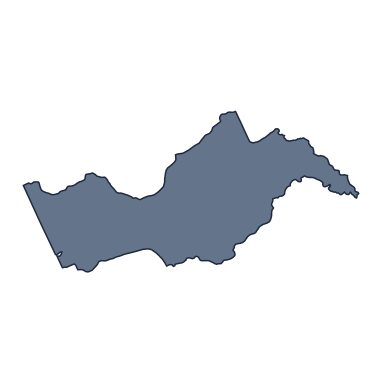 Baião, Pará, Brazil, rotated 245°
{"feature_id": "56859067B46616418398900", "entity_name": "Baião", "entity_type": "district", "adm_level": 2, "iso_a3": "BRA", "parent_name": "Brazil", "parent_adm1": "Pará", "projection": "robinson", "projection_center": [-49.732, -3.168], "detail": "fine", "context": "isolated", "style": "filled", "palette": "slate", "viewbox_px": 384, "rotation_deg": 245, "n_neighbors": 0, "source": "geoboundaries", "source_scale": "gbopen_adm2", "svg_char_len": 6080}
<svg xmlns="http://www.w3.org/2000/svg" viewBox="0 0 384 384"><g transform="rotate(245 192 192)"><path d="M115.7,190.3L116.6,191.6L116.2,193.5L115.7,194.8L115.1,198.9L115.4,201.5L116.1,203.5L117.1,204.6L119.9,205.1L121.5,204.5L122.4,205.0L123.1,206.1L123.9,207.0L125.2,207.5L126.3,209.8L125.9,210.8L125.6,212.4L125.1,214.2L124.8,215.9L125.2,218.7L128.0,223.5L128.6,225.7L128.7,227.8L128.1,230.6L128.4,232.6L129.7,234.5L130.7,236.5L131.6,237.6L132.1,238.9L132.6,242.6L132.1,247.0L132.4,249.6L133.6,251.3L135.1,252.7L136.9,254.1L139.2,255.2L141.6,256.7L143.1,259.1L146.6,258.6L147.9,259.5L149.6,261.4L151.6,262.2L151.3,265.8L150.4,267.3L151.0,268.8L150.9,270.3L150.3,271.8L150.3,273.0L151.0,275.0L152.6,275.9L154.3,277.3L155.8,279.6L156.4,281.3L156.2,283.7L157.4,284.2L158.4,285.1L159.1,286.6L159.7,287.7L159.8,289.1L159.8,290.8L158.9,291.6L157.3,292.4L156.6,292.8L155.9,293.5L155.6,294.3L155.6,295.4L156.4,296.1L157.2,296.3L158.3,296.4L158.7,297.2L158.7,298.4L158.8,299.6L159.1,300.6L158.6,301.2L157.2,302.2L156.1,303.8L155.6,304.8L155.0,305.4L154.8,306.4L153.7,308.1L153.1,308.7L152.4,309.4L151.6,309.8L151.0,310.5L148.8,312.4L147.9,313.3L146.7,313.9L145.2,314.4L144.3,314.2L143.2,313.6L142.2,313.5L141.4,313.8L140.8,314.3L140.5,315.1L140.3,316.2L140.3,317.6L140.6,320.0L139.5,320.3L139.3,319.3L138.4,319.2L138.3,318.3L138.0,317.5L137.3,317.1L136.5,317.2L134.7,317.7L134.0,318.3L133.5,319.0L132.0,320.5L131.1,322.3L130.2,322.6L129.6,323.3L129.1,324.3L128.4,324.7L127.5,325.0L126.7,325.7L126.5,326.6L126.8,327.4L126.9,328.4L127.2,329.3L127.4,330.2L126.3,330.4L125.4,330.6L124.8,331.1L124.0,332.1L123.6,332.9L123.9,333.9L124.4,334.6L124.8,335.5L123.9,335.8L122.9,335.8L122.0,336.2L121.1,336.8L120.3,337.1L119.4,337.3L118.6,337.4L117.8,337.9L117.1,338.6L117.8,339.4L118.6,339.7L119.4,340.2L120.1,342.4L121.1,342.4L121.9,342.0L122.4,341.3L123.1,340.7L123.9,340.2L124.7,340.3L125.5,340.8L126.4,341.1L127.3,341.0L128.8,340.4L130.4,339.4L131.2,339.1L131.9,338.4L134.1,338.3L135.9,338.4L136.8,338.3L138.6,338.9L139.4,338.9L141.2,339.9L142.0,338.9L142.5,338.1L143.1,337.5L143.8,335.8L144.2,334.7L144.6,334.0L145.4,333.5L146.2,333.4L147.2,333.5L148.1,334.0L149.1,334.2L149.8,333.6L150.9,331.8L151.2,331.0L152.0,330.7L152.7,330.2L154.7,330.2L155.8,330.2L157.9,328.8L158.7,328.2L159.5,328.1L160.2,328.4L161.0,328.3L162.7,328.5L163.6,328.6L164.4,328.6L165.3,328.4L166.3,327.8L168.5,326.6L170.2,324.5L170.8,323.5L170.9,322.6L171.4,321.4L173.6,319.9L174.4,319.1L175.2,318.6L176.0,318.5L176.5,319.3L177.7,319.5L178.8,319.9L179.8,320.1L181.1,320.2L181.8,319.6L182.6,319.2L183.2,318.6L184.3,318.8L185.7,318.4L186.7,318.3L187.5,318.5L188.1,319.0L189.2,319.1L190.7,318.0L191.7,317.4L192.6,316.6L193.6,316.2L194.1,315.4L194.0,314.5L194.3,313.3L194.9,312.9L194.8,311.8L195.5,310.1L195.2,309.2L195.2,307.2L196.0,306.1L196.3,304.8L196.5,303.8L196.8,302.7L197.1,301.4L198.1,300.6L198.5,299.6L199.3,299.2L200.2,299.2L201.1,298.8L201.9,298.5L203.2,298.5L204.1,299.6L205.2,298.2L206.3,297.8L206.2,296.8L206.6,296.1L207.6,295.4L208.3,294.8L209.6,295.2L210.0,296.5L211.1,297.1L212.0,296.9L212.9,296.5L213.5,295.5L213.8,294.6L213.6,293.6L213.1,292.8L212.7,291.7L212.5,290.8L212.3,287.9L211.7,286.3L211.3,284.5L210.8,282.7L210.5,281.2L210.5,279.4L210.3,277.4L209.7,274.7L209.8,273.4L209.9,271.9L210.3,270.5L210.4,269.0L211.2,267.5L212.6,266.0L214.0,265.5L223.6,265.5L233.2,265.6L239.3,265.5L246.6,265.5L246.7,264.4L246.8,263.5L247.1,262.5L248.0,260.7L248.5,260.0L249.0,258.0L248.8,257.1L248.6,255.8L248.9,254.4L249.3,253.4L249.8,252.3L249.8,251.3L249.4,250.5L248.4,249.1L247.7,248.6L246.5,248.0L245.2,247.9L244.2,247.9L243.5,246.8L243.1,244.6L242.5,242.2L242.4,241.0L241.8,238.6L241.4,237.8L239.3,235.9L237.7,232.8L237.8,228.1L235.2,222.7L233.3,219.4L232.8,213.7L231.4,206.8L230.9,200.4L232.5,195.0L232.7,192.8L228.3,191.2L226.8,189.4L225.8,186.7L225.0,184.1L224.1,180.1L222.6,177.8L220.2,175.9L215.6,172.9L212.2,171.2L208.9,168.3L207.0,163.5L206.1,160.6L205.4,156.6L205.8,154.0L206.8,150.4L207.1,147.3L207.1,144.5L207.0,142.2L207.5,141.0L208.7,140.1L209.5,139.6L210.5,138.5L210.8,137.6L211.3,135.9L212.9,135.3L216.3,132.4L217.7,130.8L219.2,129.3L221.0,127.2L222.0,125.1L223.0,123.9L224.9,123.2L228.6,122.3L230.4,121.6L232.9,121.0L234.5,121.1L236.2,120.4L238.7,120.4L240.5,120.0L241.8,119.5L242.7,118.6L242.8,117.5L243.8,115.8L246.4,112.7L249.2,111.5L251.3,109.8L251.5,108.7L251.6,107.4L252.3,105.1L252.7,103.4L251.7,102.2L249.0,100.5L248.5,99.6L248.4,97.2L248.4,96.0L248.8,94.5L248.4,90.8L248.0,89.5L248.0,87.7L248.1,86.4L248.4,84.9L248.9,84.0L249.5,82.1L249.0,80.7L248.2,79.6L247.4,78.8L247.5,77.1L248.1,73.2L247.7,71.5L247.1,70.7L247.5,68.2L247.8,66.4L248.5,64.5L249.6,63.1L251.3,61.7L252.6,60.1L254.4,58.3L255.9,57.0L257.6,56.4L259.0,56.3L261.5,56.6L263.2,56.9L265.0,57.2L265.8,57.1L266.4,56.3L267.7,53.5L267.9,52.7L267.7,51.8L267.4,51.0L267.6,49.3L269.2,47.6L269.2,41.9L243.0,41.7L223.3,41.6L202.7,41.8L193.0,41.8L192.4,42.6L192.7,45.0L193.0,46.3L193.2,47.3L192.8,48.6L191.2,47.6L190.5,46.7L190.0,45.9L189.8,44.9L191.0,42.6L188.9,42.5L178.1,42.6L177.9,43.8L177.6,45.1L177.1,46.0L176.7,46.8L176.8,49.2L176.6,52.1L176.7,53.4L176.5,54.8L175.0,55.6L173.4,55.7L172.1,55.6L170.9,55.6L169.7,55.7L169.0,57.6L168.2,59.3L167.2,60.5L165.8,61.4L164.7,62.2L163.6,63.9L163.4,64.8L163.3,68.3L164.0,70.3L165.9,74.8L166.5,75.8L168.0,77.7L168.3,79.0L168.0,81.0L167.1,82.6L166.4,84.0L166.0,85.2L165.8,88.5L165.6,89.9L165.1,92.2L165.2,95.7L164.6,98.5L164.1,104.6L163.0,110.1L161.7,117.2L160.8,123.2L159.1,128.0L157.0,130.9L151.7,133.9L148.3,135.3L146.7,135.7L144.1,136.7L143.1,136.9L141.4,137.1L139.0,137.6L137.3,137.6L135.5,137.9L135.7,140.5L135.5,141.4L134.6,143.0L133.4,143.4L132.4,143.9L132.4,145.1L133.6,146.5L132.7,150.7L132.0,153.3L132.2,155.3L132.6,156.6L132.8,157.7L133.6,158.2L134.1,159.6L133.8,161.2L132.5,162.9L131.4,164.1L131.2,166.1L132.1,167.8L131.7,169.1L130.1,170.4L127.8,170.4L126.2,171.0L125.3,172.5L124.3,174.8L123.9,175.6L123.0,177.7L122.1,178.7L120.0,180.4L119.0,181.4L117.8,182.1L116.1,183.7L116.0,185.2L115.4,186.5L114.8,188.2L115.7,190.3Z" fill="#64748b" stroke="#1e293b" stroke-width="1.5"/></g></svg>